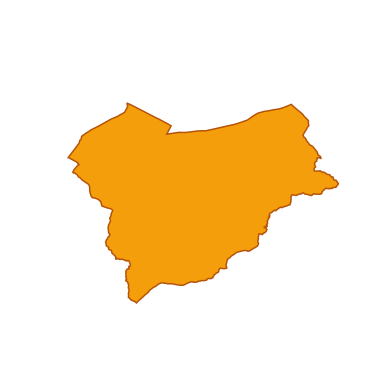 outline of Kilolo, Iringa, United Republic of Tanzania, rotated 208°
{"feature_id": "72390352B38467377597679", "entity_name": "Kilolo", "entity_type": "district", "adm_level": 2, "iso_a3": "TZA", "parent_name": "United Republic of Tanzania", "parent_adm1": "Iringa", "projection": "mercator", "projection_center": [36.065, -7.785], "detail": "fine", "context": "isolated", "style": "filled", "palette": "amber", "viewbox_px": 384, "rotation_deg": 208, "n_neighbors": 0, "source": "geoboundaries", "source_scale": "gbopen_adm2", "svg_char_len": 6007}
<svg xmlns="http://www.w3.org/2000/svg" viewBox="0 0 384 384"><g transform="rotate(208 192 192)"><path d="M188.9,68.0L187.8,72.0L186.7,74.4L184.9,79.8L183.6,82.8L183.0,86.1L182.5,87.0L181.2,89.9L179.9,91.4L179.5,92.5L178.4,94.9L176.8,97.0L175.7,97.8L170.1,99.7L166.8,101.5L162.4,102.8L159.4,103.9L157.3,104.8L156.1,105.6L155.3,106.3L152.9,109.8L150.1,112.7L149.2,113.0L148.2,113.0L145.2,114.9L144.3,116.4L142.9,117.3L141.9,118.3L139.9,119.3L137.7,121.1L137.6,121.5L137.8,121.9L137.6,122.4L137.0,123.3L134.8,124.3L134.2,124.8L133.8,125.7L133.3,126.2L133.7,127.2L133.5,127.8L133.3,129.7L132.7,130.9L132.4,131.9L132.2,132.3L131.4,132.9L131.2,133.6L131.2,134.8L131.7,135.9L131.7,137.1L131.6,137.4L131.2,137.9L130.5,138.3L128.4,139.0L127.1,139.7L125.7,141.0L125.6,141.3L125.8,141.6L126.8,142.4L127.6,143.3L128.5,146.9L129.1,148.9L129.1,149.2L128.8,149.3L128.7,150.0L127.8,151.8L127.2,153.8L126.5,155.3L126.0,156.0L125.6,156.6L124.6,159.1L123.8,160.1L119.1,164.4L117.8,165.2L116.0,166.0L115.1,165.9L113.7,166.7L111.6,170.5L110.1,172.7L108.8,175.0L108.8,176.4L109.2,177.8L109.7,178.4L110.6,179.0L110.9,179.5L111.0,180.4L111.4,181.5L112.3,183.4L112.7,184.8L112.7,185.2L113.4,186.1L112.9,186.7L111.9,186.9L110.7,187.5L109.9,187.4L109.7,187.7L109.8,188.4L109.6,189.2L108.4,190.6L108.1,192.5L108.3,194.2L108.9,194.3L109.6,195.0L111.3,194.6L111.7,194.7L111.7,195.0L110.3,196.3L109.7,196.7L109.5,197.0L109.7,197.3L110.4,197.5L110.5,197.7L110.3,198.1L110.3,198.4L110.5,198.5L110.8,198.3L110.7,200.1L110.8,200.4L111.5,200.9L111.9,201.5L111.7,202.2L111.9,203.9L112.2,204.3L112.3,204.7L111.7,205.5L111.6,206.0L112.5,206.5L112.2,207.2L112.7,207.2L112.5,207.9L113.2,208.6L113.2,209.1L113.0,210.2L112.1,211.1L111.5,212.9L110.8,214.1L110.9,214.3L110.8,214.5L109.4,214.7L109.3,214.8L109.1,215.1L109.1,215.7L108.1,217.4L108.1,217.9L107.6,218.5L107.3,219.5L107.1,219.7L106.4,220.0L106.2,220.5L105.4,220.4L105.2,220.4L104.2,221.7L103.6,222.6L103.1,223.1L102.4,223.4L100.7,225.8L99.7,226.4L99.6,226.7L99.7,227.9L100.1,228.9L100.0,229.1L100.3,229.6L100.3,229.9L100.2,230.2L100.5,230.4L101.0,231.8L102.4,234.1L102.3,234.4L102.1,234.6L102.5,235.3L102.4,235.7L102.5,235.9L102.3,236.6L101.3,237.0L98.9,237.6L98.0,238.2L97.4,239.2L97.2,239.3L96.9,240.1L96.2,240.7L95.7,240.8L95.3,241.4L94.5,241.7L94.0,242.9L93.4,243.5L91.5,243.2L90.9,243.3L88.7,244.2L87.6,244.2L87.2,244.3L86.9,244.5L86.0,244.5L84.8,245.1L84.6,245.4L84.4,245.6L84.4,246.0L83.9,247.4L81.2,248.4L79.2,249.6L77.9,250.1L77.1,251.0L76.7,251.9L77.2,253.2L77.1,253.9L76.0,256.9L75.7,258.1L75.1,258.3L74.3,258.4L73.3,259.1L72.2,259.3L71.6,260.2L70.0,260.8L69.8,261.1L69.4,262.2L69.0,262.5L68.8,262.7L67.2,263.6L67.0,264.6L67.1,265.5L66.6,266.8L66.6,267.4L67.0,268.4L67.5,268.5L68.3,268.8L69.2,269.5L70.5,270.0L71.6,269.3L72.3,269.5L73.9,270.4L74.1,271.0L74.4,271.3L75.2,271.2L75.8,270.7L76.2,270.8L78.4,271.8L79.3,271.7L80.4,271.1L81.2,271.1L82.5,271.4L83.2,271.2L84.9,271.5L87.0,270.5L88.1,270.9L88.9,270.9L90.3,269.7L92.9,268.3L93.4,268.2L94.1,268.3L94.6,268.7L95.3,270.6L95.0,271.0L94.7,272.0L95.1,272.7L96.4,273.5L97.4,275.8L97.1,276.7L96.4,277.8L96.5,278.2L97.0,279.2L96.9,279.5L97.5,280.8L96.0,281.9L94.0,282.1L94.0,282.5L94.5,283.1L95.7,283.7L97.6,283.9L98.3,284.1L98.9,284.6L99.3,285.2L99.9,285.5L100.2,286.0L106.8,288.9L110.7,289.0L111.2,289.3L111.7,289.8L113.9,290.6L114.8,291.0L116.4,292.3L118.1,292.9L118.4,292.8L119.0,293.0L119.3,293.4L120.4,294.0L120.6,294.4L120.7,296.0L120.6,297.5L120.6,299.0L120.4,300.3L120.4,300.2L120.4,303.4L120.0,305.5L120.2,305.8L120.9,306.4L121.4,307.1L122.5,309.3L123.1,309.8L123.7,310.0L124.4,310.1L124.8,310.4L126.3,310.9L128.3,311.3L129.0,311.8L130.9,312.6L134.2,313.4L138.5,314.2L139.8,314.6L141.0,314.7L145.4,316.0L150.2,310.2L153.4,306.9L155.6,305.1L159.1,302.5L163.8,298.6L165.8,297.3L170.2,293.2L171.7,291.3L174.1,287.1L176.0,283.1L176.9,281.5L182.3,275.6L186.7,271.2L189.6,268.8L202.3,257.8L209.1,252.1L212.1,250.7L215.8,248.5L223.7,242.8L226.6,241.0L231.6,238.5L241.4,231.2L241.5,240.6L245.4,240.8L255.3,240.8L260.4,240.6L286.4,240.3L290.8,240.0L290.9,239.5L290.5,239.1L290.0,238.3L289.6,238.3L289.3,238.0L289.2,237.5L288.9,237.2L288.9,231.0L290.1,228.7L291.5,226.8L293.1,224.0L296.9,219.3L297.7,218.3L304.9,207.1L310.9,198.6L311.4,197.1L313.1,194.5L314.5,191.4L315.3,190.2L315.4,189.4L315.4,188.7L315.1,187.6L314.6,186.5L314.7,185.6L315.0,185.2L315.3,185.1L314.6,182.1L317.2,165.9L317.4,164.2L316.7,164.4L316.0,164.5L314.5,164.3L310.4,164.4L309.3,164.3L306.7,164.2L306.2,164.1L306.0,163.9L305.8,163.7L305.9,163.3L304.7,163.2L305.7,160.5L306.6,156.3L306.6,153.6L305.6,153.1L304.3,153.7L301.5,153.3L299.3,152.0L297.4,152.0L294.9,151.1L287.1,150.2L285.0,148.8L282.9,145.1L281.1,143.0L279.2,141.1L277.3,140.2L275.4,140.9L271.8,141.5L268.1,140.7L264.9,137.3L258.6,138.3L256.6,138.9L254.2,139.0L253.2,138.2L253.2,135.6L253.1,134.5L252.4,133.5L252.3,130.2L250.9,128.9L250.5,128.3L250.3,127.2L250.1,123.6L249.7,122.2L249.1,120.8L246.5,116.9L246.1,116.6L245.8,116.4L244.4,116.5L244.7,116.4L244.2,114.6L244.7,113.8L244.6,113.3L244.9,112.8L244.8,110.3L245.0,110.1L245.0,109.1L244.8,107.8L244.5,106.8L243.6,106.1L242.4,104.3L240.3,104.1L239.6,103.8L239.2,103.1L239.1,102.8L238.8,102.3L237.3,102.3L236.5,102.5L235.6,102.4L235.1,102.1L234.8,101.3L234.2,100.7L233.3,100.2L232.3,100.1L230.8,99.8L229.6,99.1L228.4,98.7L228.2,97.2L227.7,97.0L227.0,97.4L225.6,98.6L225.1,98.5L224.1,98.5L222.8,99.4L221.5,100.1L219.6,100.1L219.1,100.2L218.7,100.5L217.8,100.3L217.1,100.4L216.8,101.0L216.2,101.5L215.5,101.5L214.8,101.3L214.0,100.3L213.3,100.0L212.4,99.1L211.9,97.5L212.2,97.1L212.7,96.9L212.8,96.3L212.7,96.0L211.6,95.1L211.6,94.6L212.8,93.7L213.2,92.9L213.2,91.2L212.7,90.2L211.3,87.6L210.8,87.1L210.6,86.0L209.1,84.7L208.9,84.3L209.2,83.4L209.1,82.9L208.4,82.5L207.0,82.5L206.5,82.3L206.0,81.9L205.7,81.2L204.5,80.5L203.8,79.1L203.5,78.0L203.1,77.3L202.0,76.5L201.4,75.5L200.8,73.9L200.5,72.4L200.0,71.8L198.8,69.6L198.6,69.0L197.6,69.0L195.0,68.0L191.7,68.4L190.2,68.3L188.9,68.0Z" fill="#f59e0b" stroke="#b45309" stroke-width="1.5"/></g></svg>